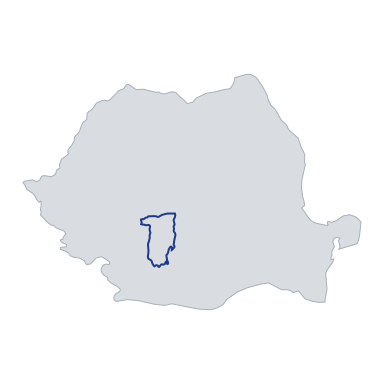 Romania, with Vâlcea highlighted
{"feature_id": "ROU-304", "entity_name": "Vâlcea", "entity_type": "County", "adm_level": 1, "iso_a3": "ROU", "parent_name": "Romania", "parent_adm1": "", "projection": "albers", "projection_center": [24.119, 45.04], "detail": "medium", "context": "in_parent", "style": "outline", "palette": "blue", "viewbox_px": 384, "rotation_deg": 0, "n_neighbors": 0, "source": "natural_earth", "source_scale": "10m", "svg_char_len": 5137}
<svg xmlns="http://www.w3.org/2000/svg" viewBox="0 0 384 384"><path d="M306.9,215.6L310.9,220.6L315.9,223.2L327.1,225.5L328.1,225.1L328.2,224.6L327.4,223.8L327.2,222.9L327.7,221.6L329.2,221.5L331.8,222.4L336.4,220.6L343.2,215.9L349.6,214.7L355.6,216.8L358.8,219.5L361.0,222.1L360.6,225.5L360.4,227.7L359.4,236.5L358.6,239.9L357.1,243.7L338.9,249.2L340.0,247.0L339.3,243.4L338.4,240.6L340.0,238.0L335.8,237.4L334.0,238.9L332.8,241.3L334.4,246.8L332.5,250.0L331.8,251.8L332.0,255.8L330.9,257.6L330.8,259.6L333.7,258.9L332.6,262.5L327.4,269.5L325.7,273.6L327.0,289.5L325.1,299.1L325.0,302.0L319.1,302.4L317.3,302.2L311.6,301.1L305.1,298.9L301.1,294.2L298.6,290.8L293.3,292.6L292.3,292.2L290.8,290.6L286.7,289.6L281.7,289.8L270.3,283.8L269.0,282.8L260.3,284.2L247.2,287.8L237.3,292.0L227.1,299.2L223.0,304.6L218.1,307.5L211.2,309.7L198.7,309.1L185.7,306.6L171.8,303.8L164.3,305.4L154.1,304.2L138.8,300.7L127.4,299.6L116.1,301.5L114.2,299.9L113.8,298.1L114.3,295.6L115.9,293.7L118.6,292.2L120.1,290.7L120.3,289.1L117.3,286.5L111.1,283.0L108.6,280.7L107.9,280.2L107.8,278.2L106.5,276.7L104.1,275.5L102.3,273.5L101.1,270.5L101.4,267.8L103.3,265.2L105.8,264.1L108.7,264.5L109.9,263.8L109.5,262.0L106.6,259.6L101.4,256.7L96.1,258.1L90.5,263.9L86.6,264.7L84.2,260.7L80.0,258.2L73.9,257.3L70.2,255.7L68.8,253.3L66.2,251.5L60.4,249.4L60.4,247.6L61.3,247.2L63.4,247.1L66.3,246.9L66.7,245.9L66.8,244.9L64.6,243.7L62.4,242.8L61.3,242.0L60.6,241.0L60.4,240.1L61.1,239.5L62.0,239.5L62.9,239.0L63.5,236.8L64.8,235.1L65.6,234.5L65.6,233.2L64.8,231.9L63.6,230.8L61.8,230.1L56.3,228.1L53.6,225.4L51.8,225.3L49.2,223.7L46.3,221.4L43.9,218.1L41.2,215.9L40.6,215.1L40.5,214.3L41.1,213.4L41.1,212.4L40.5,209.3L41.1,206.0L41.1,202.9L41.1,201.5L40.6,201.1L40.1,201.5L39.4,202.1L38.8,202.2L36.9,199.8L34.5,195.1L32.9,193.5L29.6,191.3L26.9,189.4L25.0,185.4L23.0,182.4L24.5,181.2L32.6,179.8L36.3,181.7L38.0,181.2L39.7,179.8L40.6,178.8L40.8,177.6L41.7,176.2L44.4,175.6L51.5,176.8L54.5,174.8L55.6,173.7L56.3,171.3L57.2,169.3L59.8,168.4L59.8,166.6L59.5,164.6L61.1,160.2L62.1,158.5L63.5,157.9L65.3,156.5L68.4,153.8L67.8,151.2L68.5,149.4L71.8,145.0L74.3,140.7L74.3,138.5L74.7,136.6L76.9,134.6L79.2,131.9L82.3,123.5L83.4,122.1L85.4,120.6L86.8,119.0L87.1,113.4L88.5,111.8L91.1,110.1L93.7,107.3L95.8,103.9L97.4,102.3L99.5,101.9L101.8,100.6L104.4,100.2L106.8,100.9L108.4,100.6L110.8,98.9L116.9,92.7L117.7,91.5L119.0,90.6L123.9,88.6L125.1,86.4L126.8,84.5L129.0,84.6L136.0,89.5L143.5,89.3L144.9,89.5L145.3,89.6L146.3,90.0L156.3,92.4L157.8,92.1L158.3,91.9L162.3,93.9L165.9,93.7L169.3,92.3L172.8,91.8L176.0,92.6L178.5,95.4L185.0,101.2L186.9,103.4L189.9,103.0L193.1,101.9L196.4,97.9L206.4,93.3L214.1,92.1L221.6,90.1L230.2,88.6L232.6,84.9L234.0,82.4L234.8,77.7L239.4,76.3L243.8,75.2L245.4,74.6L248.6,74.3L251.1,74.6L255.1,76.7L257.9,79.5L259.1,81.7L261.5,84.9L264.1,89.3L267.1,95.2L267.8,98.2L268.9,101.4L271.1,105.3L275.2,109.6L275.7,110.4L277.6,113.4L281.3,120.2L284.3,122.8L286.9,125.7L288.2,128.7L290.1,131.3L294.5,134.8L298.0,137.9L301.2,147.3L303.4,151.5L304.8,154.8L304.5,161.6L305.4,164.5L304.1,169.8L301.8,180.6L301.5,189.1L302.3,193.7L302.5,196.6L303.3,198.4L304.2,202.3L304.5,205.6L303.5,206.6L302.1,207.5L301.6,208.2L303.0,209.7L304.9,212.4L306.9,215.6Z" fill="#d9dde1" stroke="#a8b0b8" stroke-width="1"/><path d="M141.2,224.2L141.7,222.7L141.6,222.2L141.1,220.6L141.0,220.1L141.1,219.4L142.6,219.1L143.4,219.2L143.8,219.0L144.5,218.6L145.6,217.7L146.1,217.6L146.7,217.5L147.2,217.4L147.5,217.2L148.1,216.5L148.7,216.3L154.6,216.1L156.0,216.3L157.2,216.8L157.8,216.9L158.5,216.9L162.1,214.8L162.6,214.7L167.5,213.5L174.9,213.5L175.3,215.2L174.8,217.4L173.8,219.5L173.7,220.0L173.7,220.6L174.5,223.8L174.6,224.4L174.5,224.9L173.9,225.6L173.7,226.0L173.6,226.5L173.7,227.0L174.0,228.3L173.9,229.5L173.7,230.6L173.8,231.2L174.0,231.7L174.5,232.4L175.1,233.3L175.3,234.1L175.4,235.3L174.3,240.1L173.9,243.2L173.6,244.3L173.7,244.7L174.2,245.6L174.5,246.2L174.5,246.6L174.4,247.1L174.1,247.5L172.7,249.2L171.8,249.9L171.9,247.5L171.4,246.7L171.0,246.6L170.7,246.7L170.3,246.9L169.8,247.6L168.8,249.4L168.6,250.0L168.1,252.4L167.9,253.0L167.6,253.6L167.0,254.5L166.4,255.2L166.4,255.7L166.5,256.8L167.0,259.0L166.9,259.9L167.3,260.5L167.7,261.4L168.0,262.6L168.1,263.6L167.5,264.0L167.2,263.9L166.9,263.5L166.7,263.2L166.6,262.8L166.7,262.0L166.6,261.8L166.4,261.7L166.1,261.7L165.6,262.0L165.4,262.5L165.2,263.5L164.9,263.9L163.8,264.5L163.5,264.6L163.1,264.6L162.3,264.4L161.8,264.3L161.4,264.4L161.0,264.7L160.6,265.1L159.4,266.8L159.0,266.9L158.7,266.9L158.4,266.7L158.1,266.1L157.8,265.7L157.5,265.5L157.1,265.3L156.7,265.2L155.8,265.4L154.4,266.3L153.4,265.2L152.4,263.5L151.6,261.0L151.3,260.6L151.0,260.3L149.8,259.5L148.6,258.9L148.3,258.5L148.1,258.0L148.1,257.6L147.8,256.4L148.3,253.5L148.5,250.8L148.0,244.9L148.1,243.9L148.2,243.2L148.7,242.1L149.7,238.1L149.7,237.4L149.6,235.7L149.7,234.9L150.3,233.2L150.4,232.6L150.2,231.9L149.8,231.0L149.6,229.6L149.6,228.6L150.1,226.6L150.0,226.0L149.7,225.6L149.1,225.1L148.8,225.0L146.3,225.2L145.6,225.2L145.0,225.1L144.4,224.7L144.0,224.6L142.2,224.6L141.2,224.2Z" fill="none" stroke="#1e3a8a" stroke-width="2"/></svg>